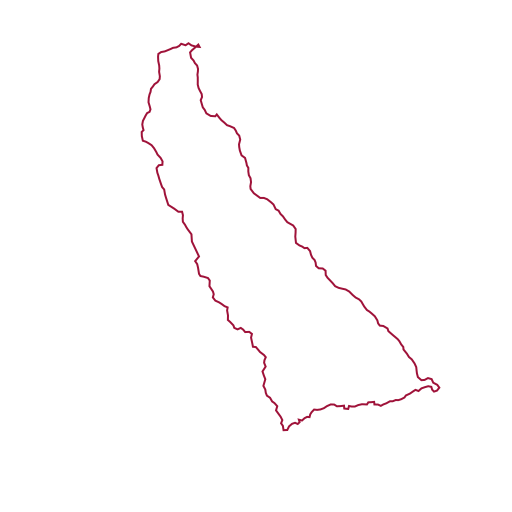 outline of Junqueirópolis, São Paulo, Brazil, rotated 141°
{"feature_id": "56859067B37779616182498", "entity_name": "Junqueirópolis", "entity_type": "district", "adm_level": 2, "iso_a3": "BRA", "parent_name": "Brazil", "parent_adm1": "São Paulo", "projection": "albers", "projection_center": [-51.444, -21.463], "detail": "fine", "context": "isolated", "style": "outline", "palette": "rose", "viewbox_px": 512, "rotation_deg": 141, "n_neighbors": 0, "source": "geoboundaries", "source_scale": "gbopen_adm2", "svg_char_len": 3949}
<svg xmlns="http://www.w3.org/2000/svg" viewBox="0 0 512 512"><g transform="rotate(141 256 256)"><path d="M170.8,456.4L173.6,460.3L174.6,463.8L178.1,464.1L180.6,468.0L183.5,467.6L186.5,468.2L189.5,470.0L192.1,470.6L194.8,471.4L198.1,472.4L201.4,474.2L204.7,474.5L206.7,472.5L209.3,469.0L211.4,464.9L213.1,462.5L215.4,460.1L217.6,456.2L219.6,454.1L223.0,453.1L226.8,453.4L229.5,452.6L232.4,452.0L234.7,449.9L237.0,448.6L239.9,446.3L242.8,443.1L244.4,439.2L245.7,436.4L248.0,435.0L250.7,435.6L253.4,434.6L256.5,433.2L258.8,432.2L261.6,429.8L263.1,427.1L264.2,424.6L266.8,424.3L269.3,421.0L271.4,416.8L269.7,414.2L268.6,411.5L267.4,407.8L267.4,403.9L268.1,399.3L268.7,396.8L268.4,392.2L269.1,388.3L271.4,385.8L274.4,387.7L278.0,386.9L280.3,382.7L281.3,379.9L282.6,376.9L284.6,371.5L285.6,368.6L285.5,365.5L287.9,361.2L289.2,358.1L292.0,350.9L289.7,344.0L288.5,339.3L285.6,336.9L287.1,333.7L289.4,331.3L291.3,328.6L291.5,325.0L292.0,322.3L292.3,319.6L292.5,313.5L296.7,307.6L300.6,291.5L306.5,290.3L306.8,286.7L308.4,283.4L311.5,278.0L311.8,275.4L309.8,273.0L307.2,269.1L307.4,266.0L311.2,261.8L311.8,255.5L312.9,252.9L315.6,251.0L315.7,246.9L313.9,243.3L312.9,240.3L312.0,236.8L310.4,233.9L312.7,231.9L315.2,227.4L318.1,224.0L317.6,221.0L317.2,216.3L318.1,213.8L316.5,210.6L313.1,209.7L312.3,206.9L312.3,203.7L309.0,201.3L308.2,198.0L311.2,195.7L314.3,189.6L315.5,187.4L313.4,185.3L313.3,181.5L313.3,178.9L312.1,174.0L312.1,171.2L315.0,169.7L316.9,167.9L318.1,164.0L320.8,163.1L323.6,162.2L325.1,158.2L326.3,154.4L332.0,150.4L332.8,146.4L334.5,143.5L335.4,140.6L334.3,137.0L335.0,132.8L334.2,130.1L334.0,125.9L337.6,123.4L338.0,115.6L338.8,111.9L341.8,110.2L342.0,107.1L344.2,103.3L341.2,101.1L337.5,102.8L333.6,102.9L330.6,101.8L329.3,99.2L326.7,99.4L325.7,101.8L323.8,99.2L320.3,99.4L317.5,98.8L315.8,97.1L313.5,98.8L311.2,99.6L307.5,100.1L305.3,97.9L302.5,96.2L299.0,95.0L295.4,94.7L291.3,93.6L288.7,91.3L287.7,88.3L285.0,86.3L281.8,84.3L283.4,81.9L280.6,79.1L278.1,80.9L276.3,78.7L273.9,76.8L270.3,75.8L266.9,74.1L263.2,70.8L260.8,71.6L258.5,69.9L256.0,68.3L257.4,66.1L254.7,63.8L253.3,61.0L250.4,60.5L247.4,59.5L243.3,58.8L241.2,57.1L238.0,56.1L236.1,54.4L233.2,53.3L229.7,52.6L227.3,53.3L223.0,52.2L218.9,51.9L216.3,51.6L214.7,48.8L210.7,49.0L207.1,47.7L204.1,46.4L202.1,44.0L203.2,41.3L203.0,38.6L200.1,37.5L196.4,38.3L196.2,41.8L198.0,46.0L197.0,49.8L199.2,52.9L203.0,53.6L205.6,55.4L206.4,60.0L204.8,63.5L203.3,65.9L201.4,68.8L200.4,72.7L200.0,77.7L200.7,81.2L200.2,85.1L200.2,90.5L198.8,92.6L198.8,96.0L198.2,99.5L198.2,102.1L198.8,105.4L199.3,107.9L199.9,111.3L200.4,114.3L199.4,116.9L201.1,121.5L203.6,124.0L203.5,126.8L202.2,129.6L201.6,134.4L202.3,138.7L202.9,141.6L203.8,144.2L203.7,148.6L203.3,151.3L202.8,154.4L203.2,157.5L204.7,161.0L205.4,164.8L205.9,169.7L207.4,173.6L209.4,176.1L211.8,179.2L213.5,182.7L213.5,186.5L213.8,190.6L214.1,194.0L213.8,197.3L211.2,200.8L212.0,204.3L215.0,207.0L215.6,210.5L213.8,213.4L213.0,216.0L213.3,219.2L212.5,222.3L210.9,225.8L211.0,230.0L213.4,231.6L214.2,234.3L215.6,236.9L216.7,241.0L213.3,246.3L210.5,249.3L208.2,252.0L207.9,256.3L209.3,259.8L210.4,262.6L210.4,266.1L210.1,269.8L210.5,273.3L209.9,277.0L211.2,280.0L210.0,285.0L210.5,288.3L211.6,293.1L213.3,296.1L216.2,298.5L218.2,306.1L218.0,311.5L216.5,313.8L213.4,316.5L211.3,319.9L210.7,323.3L208.8,326.5L206.5,329.3L206.1,332.1L204.9,334.3L202.8,339.1L203.9,343.3L202.2,348.1L200.5,351.2L198.9,353.5L195.0,356.4L193.3,360.1L193.6,363.3L192.8,366.2L192.5,369.3L194.6,373.4L196.2,375.9L196.7,379.7L197.4,383.3L197.5,386.3L197.4,390.7L199.7,390.2L203.1,393.4L204.8,398.1L203.9,401.9L203.8,405.0L202.6,407.9L200.9,411.9L197.9,413.5L196.3,416.0L195.6,419.7L194.9,422.7L193.4,425.9L191.0,428.8L188.9,431.4L187.4,433.8L185.0,436.0L183.3,437.9L181.9,441.1L182.1,444.3L181.5,447.2L181.7,450.9L179.1,455.7L176.3,456.2L173.3,456.3L170.8,456.4ZM168.3,454.0L167.8,456.6L170.8,456.4L168.3,454.0Z" fill="none" stroke="#9f1239" stroke-width="2"/></g></svg>